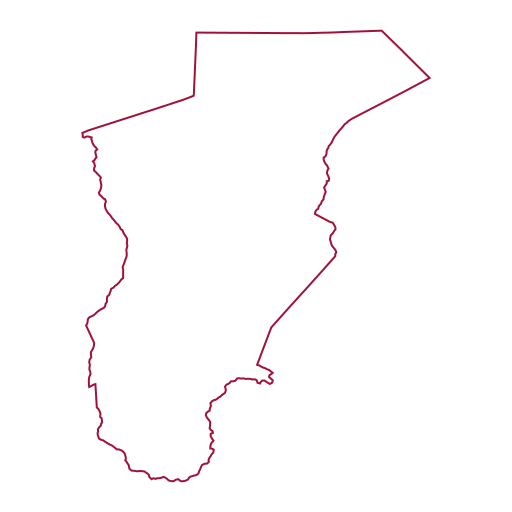 the district of Vitória da Conquista, Bahia, Brazil
{"feature_id": "56859067B29313776642568", "entity_name": "Vitória da Conquista", "entity_type": "district", "adm_level": 2, "iso_a3": "BRA", "parent_name": "Brazil", "parent_adm1": "Bahia", "projection": "mercator", "projection_center": [-40.964, -15.074], "detail": "fine", "context": "isolated", "style": "outline", "palette": "rose", "viewbox_px": 512, "rotation_deg": 0, "n_neighbors": 0, "source": "geoboundaries", "source_scale": "gbopen_adm2", "svg_char_len": 4780}
<svg xmlns="http://www.w3.org/2000/svg" viewBox="0 0 512 512"><path d="M82.4,132.9L82.8,135.0L82.7,137.0L84.5,137.6L86.1,136.6L88.0,136.5L90.2,137.0L91.7,137.5L91.2,139.0L91.9,140.6L92.6,143.3L94.1,145.8L95.8,147.4L97.2,149.4L95.4,151.0L95.4,153.0L96.1,155.5L96.5,157.4L95.3,158.6L94.5,160.2L92.9,161.3L94.2,163.1L95.0,166.2L94.1,168.2L94.0,170.4L95.5,171.8L96.7,173.0L97.9,174.4L99.7,176.1L100.9,177.6L100.1,179.8L100.7,181.6L100.9,183.3L101.4,185.3L101.0,188.0L100.0,190.8L98.9,192.5L99.4,194.5L101.6,196.4L103.4,198.5L105.0,199.1L105.9,201.4L105.0,204.1L105.0,206.4L105.6,208.9L106.7,210.9L107.9,212.8L109.1,214.1L110.4,215.5L111.9,217.8L114.4,220.6L116.4,223.2L118.1,224.6L119.8,227.1L120.7,229.2L122.4,230.0L123.2,232.2L124.1,233.9L125.5,236.0L127.1,238.6L127.1,241.2L126.8,243.4L127.4,245.9L126.9,247.7L126.3,250.1L126.7,253.2L126.7,255.8L126.2,257.8L125.2,259.9L124.4,262.5L123.6,264.6L122.6,267.2L123.2,269.6L123.1,278.2L121.5,279.3L120.4,280.8L118.7,282.9L116.6,284.9L114.9,285.9L113.6,287.5L111.1,288.9L110.6,291.1L109.8,292.8L109.3,294.8L107.3,296.5L106.9,298.6L107.0,300.2L106.9,301.8L105.6,303.8L105.1,306.4L103.9,307.8L102.2,308.7L100.4,309.6L99.1,310.5L97.0,312.1L95.5,313.6L93.7,315.2L91.2,316.5L89.4,317.2L87.9,319.1L87.7,321.2L87.2,323.6L86.1,325.4L94.2,343.0L93.8,346.2L93.2,348.2L92.0,350.3L90.8,352.3L91.0,354.7L91.3,357.1L89.6,359.8L89.2,362.2L89.9,364.9L89.4,367.9L89.5,370.0L90.2,371.6L90.5,374.1L89.2,377.1L88.8,380.2L88.9,382.6L88.9,385.0L89.2,387.0L91.0,386.2L92.8,385.0L95.4,384.1L96.8,407.5L98.3,408.8L99.4,410.8L100.4,413.2L100.3,415.0L100.2,417.0L101.6,418.2L101.9,420.3L102.1,422.3L101.0,423.9L100.8,425.7L99.2,427.2L97.9,429.2L98.1,431.4L97.6,433.1L97.7,434.7L98.3,436.5L99.0,438.6L100.9,439.7L103.3,440.4L105.6,442.1L108.0,443.5L109.9,444.6L111.8,445.4L113.8,446.9L115.3,448.1L116.6,449.3L119.2,449.5L122.0,450.7L123.9,452.4L124.9,454.0L125.3,455.6L125.9,458.2L125.3,460.4L126.5,461.7L127.4,463.3L128.6,464.8L129.0,466.8L129.4,468.7L131.5,470.6L134.4,470.8L137.3,471.3L139.7,471.0L142.6,471.2L144.8,471.6L146.0,472.7L147.6,473.6L148.9,474.9L149.2,476.7L150.3,478.0L151.6,479.2L153.5,478.2L155.6,478.9L157.4,478.2L159.3,478.2L161.6,477.7L163.1,476.9L164.6,477.3L166.1,478.1L167.5,479.3L168.8,480.5L171.6,481.2L173.7,481.2L175.8,479.7L178.4,479.2L179.9,480.6L181.3,481.3L183.1,481.2L184.8,480.9L186.6,480.3L188.0,479.5L188.9,477.9L190.2,476.7L191.8,476.3L194.1,475.5L196.1,475.2L198.3,473.7L199.1,471.3L200.0,469.6L201.0,467.2L201.9,465.1L204.4,463.8L207.0,463.6L208.9,461.8L208.5,460.1L209.0,458.5L210.4,456.5L211.5,454.5L213.3,452.5L213.7,449.6L211.9,448.6L210.3,448.5L210.3,446.6L210.8,444.1L211.9,442.4L213.5,440.7L211.7,438.1L210.6,436.1L210.7,433.8L212.9,432.9L212.5,431.0L210.9,430.1L209.6,428.2L210.1,425.9L210.1,424.2L210.2,422.1L209.3,420.6L208.2,419.2L206.8,417.4L205.9,415.4L206.3,413.1L207.9,411.6L209.6,410.8L209.8,408.4L210.9,406.2L210.4,403.1L212.3,401.0L214.0,400.1L215.8,399.7L217.3,398.7L218.6,397.5L220.5,396.5L221.6,395.3L223.2,394.2L225.1,392.7L225.9,389.9L225.4,388.2L225.0,386.6L226.5,384.6L228.1,384.0L229.8,382.9L230.9,381.3L233.2,381.3L235.4,380.7L237.2,378.4L238.9,378.2L240.5,378.5L242.0,378.5L243.8,378.4L246.0,379.0L248.0,378.7L250.1,378.9L252.7,379.5L254.9,379.3L256.7,380.2L257.5,382.8L260.0,383.5L260.9,381.7L262.2,380.6L264.4,380.5L266.8,382.1L269.9,384.0L272.2,382.6L272.8,380.3L271.3,379.0L269.0,377.0L269.5,375.1L270.9,374.3L272.7,372.9L271.1,371.6L269.1,369.9L267.0,369.3L265.4,368.3L262.9,367.5L260.8,366.4L259.2,365.4L257.1,364.8L271.3,327.4L286.6,310.3L300.6,294.8L303.5,291.7L323.0,270.0L335.3,256.1L335.2,254.3L336.3,252.3L335.4,249.9L333.8,248.0L332.0,245.8L331.2,243.8L330.8,241.8L330.0,239.8L330.3,237.3L330.9,235.1L332.7,233.5L334.0,231.2L335.5,229.3L335.3,227.1L333.9,224.6L332.7,222.6L330.3,222.1L315.0,214.0L315.4,211.5L316.6,209.8L318.2,208.8L318.6,206.9L319.4,205.4L321.0,203.8L321.7,201.4L323.5,199.4L323.7,197.2L324.6,194.6L325.7,191.8L324.8,189.3L324.1,187.5L325.4,185.5L326.7,183.5L326.8,181.2L328.7,180.8L329.2,178.7L328.3,176.3L326.9,173.2L327.4,170.4L328.5,168.7L327.8,167.2L327.2,165.6L325.8,164.2L324.5,161.9L323.7,159.8L323.6,157.5L325.5,156.3L326.5,153.9L326.6,151.3L327.2,149.4L328.3,147.9L328.7,146.1L330.3,144.4L331.9,142.2L332.6,140.5L333.5,138.6L334.4,136.9L335.7,135.2L337.0,133.6L338.2,132.1L339.6,130.3L341.0,128.8L343.0,126.5L344.4,124.5L346.7,122.8L348.8,120.8L351.1,119.3L352.4,118.5L401.7,92.9L429.6,78.0L404.7,53.3L400.5,49.0L398.7,47.3L381.7,30.7L377.8,30.8L364.0,31.3L346.2,31.9L337.0,32.3L334.9,32.4L329.2,32.6L323.2,32.7L309.7,33.1L302.5,33.2L293.2,33.1L280.6,33.1L251.3,32.9L198.5,32.6L196.4,32.6L196.0,44.4L193.9,93.2L193.6,95.8L183.7,99.6L150.7,110.4L141.9,113.2L135.1,115.4L115.8,121.6L88.4,130.4L82.4,132.9Z" fill="none" stroke="#9f1239" stroke-width="2"/></svg>